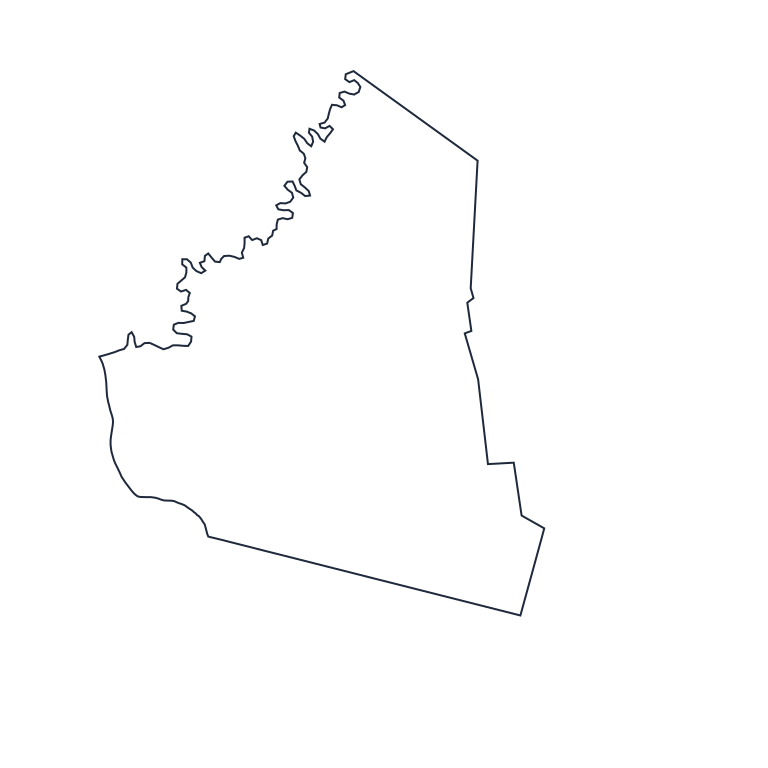 the district of Montecarlo, Misiones, Argentina, rotated 306°
{"feature_id": "61730980B57669558110084", "entity_name": "Montecarlo", "entity_type": "district", "adm_level": 2, "iso_a3": "ARG", "parent_name": "Argentina", "parent_adm1": "Misiones", "projection": "mercator", "projection_center": [-54.553, -26.697], "detail": "fine", "context": "isolated", "style": "outline", "palette": "slate", "viewbox_px": 768, "rotation_deg": 306, "n_neighbors": 0, "source": "geoboundaries", "source_scale": "gbopen_adm2", "svg_char_len": 3922}
<svg xmlns="http://www.w3.org/2000/svg" viewBox="0 0 768 768"><g transform="rotate(306 384 384)"><path d="M619.2,175.4L612.1,171.0L607.8,173.4L607.9,178.6L611.7,180.9L612.3,181.3L612.3,181.7L612.1,185.9L610.4,190.3L605.3,191.9L601.8,190.2L600.7,189.8L598.5,185.2L598.1,183.5L597.4,180.2L593.4,177.1L589.4,179.4L589.4,184.7L586.8,188.6L583.3,187.2L582.9,187.0L581.9,182.3L581.8,182.1L579.3,177.8L574.5,178.9L570.0,180.6L569.8,180.7L565.8,182.4L560.6,182.3L556.5,179.1L554.2,181.9L556.2,186.1L559.0,187.4L560.8,188.3L560.7,189.1L560.1,193.0L555.2,193.0L550.1,192.6L547.2,193.1L545.1,193.5L545.1,188.3L547.3,183.7L548.0,178.5L547.4,176.3L546.7,173.7L543.1,175.6L541.9,180.5L538.4,184.2L533.6,185.4L533.6,182.5L533.7,180.3L535.5,175.4L535.7,170.2L535.6,167.3L535.5,164.9L531.4,165.3L528.5,169.6L526.1,174.3L523.4,178.7L523.3,182.0L523.2,182.7L523.1,183.9L520.4,187.7L516.0,189.4L514.3,194.4L510.0,196.5L504.9,195.4L499.7,195.3L496.7,199.3L496.5,204.6L495.8,209.8L493.0,213.4L492.4,212.8L489.7,209.7L489.9,204.5L489.1,199.3L491.9,195.1L493.7,191.7L494.1,191.0L490.9,187.0L485.8,186.9L484.6,191.9L484.6,197.1L481.5,201.0L476.3,201.0L472.2,198.2L469.4,193.8L465.2,191.8L463.2,195.8L465.5,200.6L466.6,202.0L468.7,204.6L468.8,207.2L468.8,209.8L464.5,212.1L461.2,209.6L460.7,209.3L460.5,208.8L458.6,204.5L454.6,201.5L450.1,203.3L446.2,206.0L442.8,204.2L438.4,206.3L433.7,204.9L428.9,206.9L425.2,204.2L426.5,202.4L428.2,200.1L427.2,195.5L426.2,194.8L423.0,192.8L423.3,190.9L424.0,187.7L420.4,185.2L416.2,188.3L411.8,190.9L406.7,191.8L403.4,195.9L400.1,193.3L398.9,188.2L396.9,183.5L394.7,180.8L394.4,180.5L393.6,179.4L389.6,178.8L386.1,179.5L385.7,178.9L383.7,175.3L384.9,170.2L385.0,169.9L386.3,165.1L382.4,163.8L377.8,166.5L373.8,163.8L371.4,167.8L370.7,172.8L368.3,171.8L366.2,171.0L365.1,165.9L365.7,160.8L368.6,156.4L369.0,152.3L369.1,151.3L366.4,147.5L362.2,150.4L362.0,155.7L358.2,158.5L353.4,160.3L348.6,159.2L343.7,158.0L339.4,160.5L339.5,165.4L340.7,166.3L343.8,168.5L343.6,171.2L343.5,173.4L339.4,174.6L336.0,176.8L332.6,176.8L328.1,174.1L324.4,177.3L325.7,180.0L326.5,181.5L327.8,186.4L327.8,186.5L327.6,191.3L323.2,193.0L319.4,189.5L315.6,186.1L312.6,181.7L308.4,179.1L304.1,181.5L303.3,186.5L305.8,191.0L308.5,195.5L309.0,199.0L309.2,200.4L304.9,203.0L299.7,203.2L299.4,202.8L296.8,199.0L294.2,194.6L291.3,190.6L291.2,190.5L286.6,188.3L282.5,185.2L281.5,180.4L280.6,175.3L279.5,170.2L278.2,168.6L276.3,166.2L271.4,164.8L269.1,162.6L268.3,161.8L271.4,157.6L275.3,154.2L277.1,150.4L277.6,149.4L273.7,148.3L269.1,150.8L264.7,153.4L264.2,153.3L259.6,153.1L255.5,149.9L251.2,147.2L248.6,145.2L246.0,143.3L240.9,139.3L239.9,138.5L238.8,137.6L236.8,141.5L235.1,144.4L231.5,149.1L227.4,153.4L222.2,158.2L215.3,163.8L211.6,166.9L207.6,171.1L205.0,174.3L201.5,178.4L199.5,181.2L196.7,184.8L193.7,187.3L190.6,189.1L184.9,192.0L181.2,193.9L178.2,195.6L175.2,197.7L173.1,199.4L170.9,201.5L168.8,203.6L166.8,206.2L164.0,209.8L162.1,212.7L160.0,216.7L158.2,220.1L157.0,222.3L154.6,226.4L152.3,232.6L150.9,237.3L149.5,241.9L148.6,245.6L148.3,248.3L148.3,250.7L149.4,253.3L152.0,257.1L155.5,262.0L157.6,265.9L158.5,268.4L158.6,268.5L159.3,271.2L160.5,274.5L162.7,277.8L164.6,280.5L165.3,281.9L165.9,283.0L167.0,288.1L167.2,288.6L167.8,290.3L168.7,294.0L168.7,296.7L168.7,299.0L168.8,301.0L168.9,303.1L168.6,305.7L168.6,307.9L168.1,309.8L168.3,311.5L167.8,314.0L167.2,315.8L166.0,318.7L165.0,321.5L164.4,322.3L158.6,329.4L157.3,331.5L157.5,332.1L158.6,334.8L163.5,346.7L163.9,347.8L165.8,352.6L170.4,364.1L171.6,367.1L172.1,368.3L178.6,384.7L182.9,395.4L221.2,491.2L276.9,630.4L323.4,612.9L354.1,601.3L356.7,600.3L361.4,598.5L359.1,578.3L358.5,572.6L393.5,538.3L396.6,535.2L380.3,515.2L381.8,513.8L385.3,510.6L443.1,457.4L472.4,419.6L475.8,421.8L478.2,423.5L479.2,422.6L498.7,403.6L501.1,404.3L506.1,405.9L512.4,397.9L512.5,397.8L617.6,329.8L619.7,328.5L619.2,177.7L619.2,175.4Z" fill="none" stroke="#1e293b" stroke-width="2"/></g></svg>